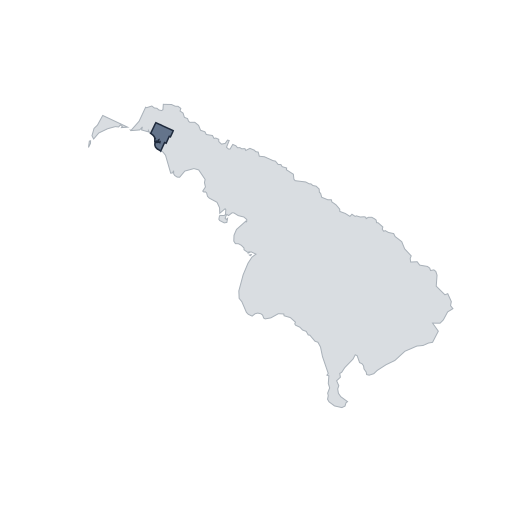 Corpen Aike, Santa Cruz, Argentina (highlighted), rotated 115°
{"feature_id": "61730980B24902089769894", "entity_name": "Corpen Aike", "entity_type": "district", "adm_level": 2, "iso_a3": "ARG", "parent_name": "Argentina", "parent_adm1": "Santa Cruz", "projection": "orthographic", "projection_center": [-68.391, -49.985], "detail": "fine", "context": "in_parent", "style": "filled", "palette": "slate", "viewbox_px": 512, "rotation_deg": 115, "n_neighbors": 0, "source": "geoboundaries", "source_scale": "gbopen_adm2", "svg_char_len": 6138}
<svg xmlns="http://www.w3.org/2000/svg" viewBox="0 0 512 512"><g transform="rotate(115 256 256)"><path d="M311.2,159.1L308.0,163.4L308.3,166.6L305.0,173.7L305.5,175.3L303.1,178.6L303.4,182.5L302.0,186.1L302.0,190.9L301.1,192.2L299.3,192.3L297.3,198.8L298.3,205.3L296.8,206.3L298.8,211.3L305.8,216.4L309.1,221.1L309.0,222.8L306.7,225.1L306.3,227.2L307.0,230.3L308.7,232.4L312.1,234.1L312.1,238.4L311.1,240.9L303.4,249.5L301.5,253.4L294.9,256.8L278.5,259.7L265.9,260.2L258.8,259.2L254.3,256.8L254.3,262.3L256.5,264.1L255.3,264.0L256.2,265.1L255.4,269.5L253.8,270.3L252.5,273.9L252.3,277.1L253.5,279.9L251.9,282.4L246.5,284.7L240.2,284.9L228.8,280.0L229.3,279.3L228.7,279.0L226.8,279.8L225.8,283.5L226.9,289.2L226.3,294.2L226.9,295.9L231.0,298.0L230.6,300.0L232.0,300.2L234.9,299.9L235.4,298.4L233.9,297.7L237.9,296.6L239.4,298.8L239.2,303.9L238.4,305.2L235.2,306.0L234.4,305.7L232.8,302.0L231.3,301.2L226.8,302.9L226.2,304.0L232.6,306.9L227.7,309.4L223.8,314.0L223.3,322.8L222.4,325.2L219.7,327.4L219.2,329.1L220.1,330.1L219.7,331.7L214.8,331.0L211.3,333.7L208.1,334.5L202.2,344.3L203.0,349.2L209.1,356.4L216.9,358.5L217.8,360.8L217.4,363.6L216.4,365.3L213.5,366.7L216.0,366.8L217.0,368.3L202.9,380.6L201.1,384.3L200.2,391.9L199.2,393.5L196.4,395.0L194.6,393.4L193.1,390.6L193.2,392.9L190.6,393.7L193.7,393.8L195.1,395.6L191.0,398.5L189.8,401.0L189.3,404.5L187.7,406.6L189.0,406.1L190.1,413.0L187.0,413.5L190.9,414.7L195.3,422.5L194.9,423.1L194.8,422.3L183.3,418.9L167.8,418.9L167.8,417.8L164.1,413.8L164.8,410.7L164.0,408.2L164.7,405.8L164.1,403.0L162.7,402.2L157.7,404.1L154.4,396.6L154.4,392.5L153.3,389.9L154.0,386.5L156.7,386.1L157.3,382.5L160.6,379.5L160.4,376.1L162.4,374.1L162.8,372.4L160.7,368.0L161.9,363.2L165.5,359.4L165.0,354.8L166.9,352.4L165.2,346.4L167.2,343.7L166.1,342.3L166.0,339.1L168.0,338.1L169.2,334.6L167.0,331.5L163.0,330.8L162.7,329.1L169.9,328.7L170.7,326.2L170.1,324.7L164.7,324.2L164.6,320.8L165.7,318.5L164.6,316.4L164.9,314.3L163.4,311.4L164.7,309.9L161.0,307.0L160.8,301.9L161.6,300.6L160.9,297.9L164.2,295.2L162.5,290.3L162.4,281.0L161.8,278.5L163.7,274.6L162.6,272.1L164.0,270.1L163.3,265.4L165.0,264.9L166.1,256.7L170.4,254.1L171.2,252.4L167.9,242.2L168.1,238.3L167.4,236.6L168.1,234.3L167.3,231.0L168.6,227.1L171.6,225.4L171.8,224.0L175.0,221.3L174.7,214.7L173.2,211.4L174.9,210.2L175.8,205.1L178.2,199.9L180.2,198.9L179.7,193.0L180.4,187.6L177.6,186.7L178.2,182.9L177.2,182.0L176.6,178.0L174.7,174.5L174.5,172.9L175.6,171.9L173.5,170.6L172.0,167.4L172.2,164.4L172.6,162.4L174.8,160.8L174.3,159.4L176.1,153.3L178.4,152.9L179.6,150.7L178.4,149.6L178.7,145.9L177.5,140.7L179.6,138.1L181.4,130.0L186.7,124.3L190.3,115.4L193.1,115.2L196.1,113.3L193.1,107.5L195.1,103.8L193.0,96.2L193.6,93.4L195.4,91.7L193.4,88.9L194.0,86.5L196.9,83.8L207.2,79.9L211.3,68.4L209.1,66.3L214.8,59.7L218.8,58.7L220.5,55.3L225.7,58.7L234.7,59.2L239.1,60.8L242.2,67.6L247.1,59.0L259.6,59.5L262.0,62.9L266.5,66.8L269.6,72.1L279.4,80.8L292.0,86.0L299.6,92.2L308.5,97.8L312.9,99.5L316.2,103.1L316.7,105.6L314.6,107.1L312.7,110.4L310.1,112.1L308.9,114.2L308.8,117.1L303.6,122.2L303.6,124.3L308.4,124.5L319.7,128.4L325.3,129.2L327.0,130.5L330.2,128.3L335.0,130.2L338.6,126.1L341.9,125.8L345.6,123.3L347.7,119.7L349.3,111.5L351.1,112.4L354.4,111.9L357.1,114.1L358.7,121.5L357.3,128.2L355.6,130.6L352.0,131.5L350.0,133.1L344.4,133.5L341.0,136.6L333.8,139.3L334.0,141.4L331.9,140.9L319.1,153.2L311.2,159.1ZM193.4,454.3L193.5,426.8L196.5,432.2L195.0,431.9L194.6,434.4L197.1,435.0L198.2,438.2L203.4,444.3L211.0,450.5L218.6,452.6L216.3,455.5L208.8,456.7L204.4,455.0L193.4,454.3ZM221.5,454.6L223.9,453.6L228.4,453.7L222.3,455.6L221.5,454.6ZM258.1,261.3L257.9,262.4L256.4,260.5L258.1,261.3Z" fill="#d9dde1" stroke="#a8b0b8" stroke-width="1"/><path d="M177.4,384.0L177.5,396.6L177.4,396.7L177.4,398.5L177.5,398.6L177.5,403.1L179.4,403.2L182.9,403.2L189.4,403.3L189.4,403.1L189.4,402.8L189.4,402.7L189.5,402.5L189.5,402.4L189.5,402.2L189.6,401.9L189.7,401.7L189.8,401.5L189.8,401.3L189.8,401.2L189.9,400.9L189.9,400.7L190.0,400.5L190.1,400.3L190.1,400.2L190.2,399.9L190.3,399.8L190.3,399.7L190.5,399.4L190.6,399.1L190.7,398.9L190.8,398.8L190.8,398.7L191.0,398.5L191.1,398.4L191.2,398.2L191.3,398.2L191.5,398.0L191.4,398.0L191.4,397.9L191.5,397.8L191.6,397.7L191.8,397.6L192.0,397.5L192.1,397.4L192.3,397.3L192.3,397.2L192.5,397.3L192.6,397.2L192.8,397.2L193.0,397.0L193.1,396.9L193.4,396.8L193.7,396.6L193.9,396.6L194.1,396.5L194.2,396.4L194.3,396.4L194.7,396.2L194.8,396.2L195.2,396.0L195.3,396.0L195.4,395.9L195.6,395.7L195.6,395.4L195.4,395.3L195.2,395.2L194.9,395.1L194.6,394.8L194.5,394.6L194.4,394.6L194.5,394.5L194.4,394.4L194.4,394.2L194.4,393.9L194.2,393.8L194.2,393.7L193.9,393.3L193.8,393.2L193.7,393.2L193.6,393.4L193.4,393.5L193.2,393.6L192.8,393.5L192.6,393.5L192.5,393.4L192.4,393.4L192.1,393.4L191.9,393.4L191.7,393.3L191.4,393.3L191.2,393.4L191.2,393.5L191.2,393.4L191.3,393.3L191.4,393.2L191.5,393.2L191.8,393.2L191.9,393.3L192.0,393.3L192.1,393.2L192.3,393.2L192.6,393.2L192.8,393.2L193.0,393.2L193.3,393.2L193.5,393.0L193.6,392.9L193.8,392.9L193.8,392.7L193.8,392.4L193.7,392.2L193.6,391.9L193.6,391.7L193.4,391.4L193.5,391.4L193.4,391.2L193.4,390.9L193.4,391.0L193.5,391.0L193.4,391.1L193.5,391.1L193.5,391.3L193.6,391.5L193.8,391.7L193.8,391.8L194.0,392.1L194.0,392.3L194.1,392.5L194.2,392.8L194.3,392.9L194.5,393.0L194.7,393.3L194.8,393.6L194.9,393.8L194.9,394.0L195.1,394.2L195.1,394.3L195.2,394.5L195.3,394.6L195.5,394.7L195.6,394.8L195.6,395.1L195.8,395.2L196.0,395.2L196.6,395.2L196.9,395.1L197.2,395.0L197.3,395.0L197.7,394.8L198.0,394.6L198.4,394.4L198.6,394.2L198.8,394.0L199.1,393.7L199.4,393.5L199.5,393.3L199.7,393.2L199.8,393.0L199.8,392.9L199.9,392.7L200.1,392.3L200.2,392.2L200.3,391.8L200.3,391.7L200.5,391.5L200.5,391.4L200.6,391.2L200.7,390.9L200.7,390.7L200.8,390.4L200.7,390.3L200.8,390.2L200.8,389.9L200.8,389.7L200.8,389.4L200.8,389.2L200.9,388.9L200.9,388.7L200.9,388.4L200.9,388.2L201.0,388.0L201.0,387.8L201.0,387.5L201.0,387.2L201.1,386.9L201.2,386.7L192.9,386.8L191.8,386.8L191.8,385.1L184.2,385.2L184.2,383.9L178.6,383.9L177.4,384.0Z" fill="#64748b" stroke="#1e293b" stroke-width="1.5"/></g></svg>